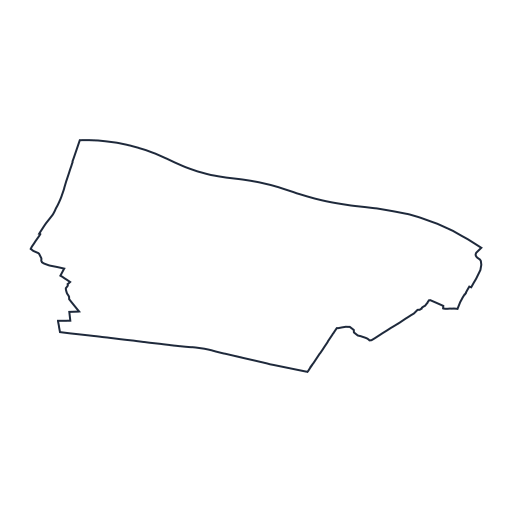 outline of Beuningen, Gelderland, Netherlands
{"feature_id": "6326949B97064433644944", "entity_name": "Beuningen", "entity_type": "district", "adm_level": 2, "iso_a3": "NLD", "parent_name": "Netherlands", "parent_adm1": "Gelderland", "projection": "natural_earth1", "projection_center": [5.747, 51.864], "detail": "fine", "context": "isolated", "style": "outline", "palette": "slate", "viewbox_px": 512, "rotation_deg": 0, "n_neighbors": 0, "source": "geoboundaries", "source_scale": "gbopen_adm2", "svg_char_len": 5643}
<svg xmlns="http://www.w3.org/2000/svg" viewBox="0 0 512 512"><path d="M30.7,248.8L30.7,249.0L30.9,249.1L31.4,249.4L32.6,250.4L32.7,250.5L33.5,251.0L38.3,253.1L39.1,253.8L40.6,256.8L41.1,257.7L41.4,258.6L41.4,259.1L41.3,260.0L41.3,260.6L41.5,261.3L42.0,262.1L42.0,262.3L42.3,262.5L43.1,263.0L43.5,263.3L43.8,263.4L45.0,263.9L48.8,265.3L49.9,265.6L57.1,267.0L60.7,267.8L64.2,268.6L63.9,269.1L60.4,275.7L61.8,276.5L62.1,276.6L64.2,278.1L65.6,279.0L66.9,279.8L70.1,282.0L68.9,283.1L68.4,283.5L67.6,284.1L67.8,285.0L67.8,285.3L67.8,285.5L67.7,285.7L67.7,285.8L67.4,286.2L67.2,286.5L66.0,288.0L65.9,288.1L65.9,288.4L65.8,288.7L65.9,289.5L66.1,290.5L66.8,292.9L67.1,293.5L67.3,293.9L67.5,294.2L68.6,295.8L68.7,296.1L68.9,296.5L69.0,296.8L69.1,297.0L69.1,297.6L69.1,298.3L69.2,298.9L69.2,299.1L69.2,299.3L69.4,299.5L69.7,299.9L70.0,300.2L70.8,301.3L77.6,309.7L79.1,311.5L78.3,311.6L69.3,311.9L70.3,320.7L65.0,320.8L64.5,320.8L58.0,320.8L58.0,321.2L58.9,325.8L59.1,327.4L60.0,332.1L70.3,333.4L78.8,334.3L89.6,335.5L92.2,335.8L93.9,336.0L96.0,336.2L100.1,336.7L102.1,337.0L104.0,337.2L107.2,337.5L110.1,337.9L114.2,338.4L120.4,339.2L123.9,339.6L126.5,339.9L132.4,340.5L133.5,340.6L136.8,341.1L140.8,341.6L142.9,341.9L145.0,342.1L146.4,342.3L149.3,342.7L160.7,343.9L162.8,344.2L166.1,344.6L167.9,344.8L169.7,345.0L170.0,345.1L173.4,345.5L173.8,345.6L174.1,345.6L176.3,345.8L179.7,346.2L180.2,346.2L181.1,346.3L185.0,346.7L189.6,347.1L191.1,347.2L192.6,347.2L195.6,347.5L201.3,348.3L204.2,348.7L208.6,349.6L210.7,350.1L212.0,350.4L212.5,350.6L214.0,351.0L215.7,351.5L218.5,352.2L221.7,353.0L223.8,353.5L225.1,353.7L244.3,358.2L256.2,360.9L256.6,361.0L260.0,361.8L263.1,362.5L264.3,362.8L266.5,363.3L267.6,363.6L270.0,364.3L273.3,364.9L303.6,371.1L305.1,371.4L305.6,371.5L306.0,371.6L306.5,371.6L306.8,371.6L307.1,371.8L307.4,371.9L307.9,371.3L308.1,371.1L308.4,370.6L310.2,367.8L311.3,366.2L311.1,366.2L312.1,364.8L313.6,362.9L313.9,362.4L314.6,361.4L315.3,360.3L315.7,359.7L316.9,357.9L319.6,353.8L320.1,353.3L322.7,349.5L324.3,347.0L327.6,342.1L327.8,341.6L327.9,341.4L328.0,341.2L331.7,335.7L332.3,334.8L333.0,333.6L333.5,333.1L333.8,332.6L334.3,331.8L336.8,328.1L337.7,328.1L338.4,328.1L338.6,328.1L339.0,328.0L342.0,327.4L345.1,326.9L345.4,326.8L345.8,326.8L346.2,326.8L349.6,326.9L349.8,326.9L350.6,327.5L353.7,329.9L353.8,330.0L353.9,332.3L354.0,332.5L357.8,335.5L359.9,336.0L360.5,336.1L362.8,336.9L363.7,337.2L363.8,337.2L365.2,337.7L366.0,338.0L366.7,338.3L367.3,338.6L367.9,339.0L368.2,339.2L368.7,339.6L369.5,340.4L369.8,340.4L371.5,340.2L373.2,339.2L374.7,338.3L380.4,334.6L382.2,333.4L386.9,330.5L390.9,327.9L393.3,326.5L398.9,323.1L399.6,322.7L401.2,321.6L405.8,318.5L407.3,317.6L410.1,315.8L411.3,315.0L411.7,314.8L413.9,313.5L416.7,310.7L417.4,310.0L417.5,310.0L417.6,309.9L417.8,309.8L418.1,309.8L419.4,309.8L419.7,309.8L419.8,309.7L420.2,309.4L420.8,309.0L421.4,308.8L421.6,308.7L421.8,308.0L421.9,307.8L421.9,307.7L423.0,306.9L423.3,306.7L424.0,306.3L424.6,306.0L424.8,305.9L425.0,305.8L425.2,305.6L425.4,305.4L425.8,304.8L427.1,303.2L427.3,303.1L427.5,302.6L428.0,301.7L428.4,301.2L428.7,300.8L428.7,300.6L428.8,300.4L429.1,300.3L430.2,300.2L430.3,300.2L430.5,300.2L430.8,300.4L436.1,302.7L443.3,305.9L443.2,306.8L443.2,307.8L443.1,308.2L443.1,308.4L443.4,308.5L443.8,308.6L445.5,308.8L447.4,308.8L448.6,308.7L449.4,308.6L450.0,308.6L451.3,308.6L451.8,308.7L452.5,308.6L453.8,308.6L454.0,308.5L454.3,308.6L455.9,308.7L457.0,308.8L457.5,308.9L460.2,302.1L462.0,298.8L462.6,297.6L464.6,294.4L465.0,294.4L466.0,292.9L465.9,292.6L467.6,289.5L469.3,286.6L471.2,287.3L473.1,283.9L474.0,282.3L474.8,281.0L476.2,278.6L480.4,270.0L481.3,264.8L480.9,261.3L480.7,260.7L480.5,260.4L479.9,259.5L477.6,257.9L477.0,257.4L476.4,256.7L475.8,255.7L475.6,254.7L475.8,253.8L476.2,252.8L477.4,251.6L481.3,247.8L475.5,244.1L467.9,239.3L464.3,237.3L463.0,236.6L461.9,236.0L454.2,231.6L453.2,231.0L443.6,226.6L437.4,223.8L434.9,222.9L432.9,222.2L420.4,217.7L417.9,216.9L413.1,215.5L409.7,214.5L409.3,214.4L408.8,214.3L407.7,214.0L406.4,213.8L398.7,212.3L395.1,211.6L392.4,211.1L387.2,210.2L384.3,209.7L378.5,208.7L376.7,208.4L374.4,208.2L371.8,207.9L365.4,207.1L355.1,206.0L350.9,205.5L346.5,204.8L343.3,204.3L337.1,203.3L331.9,202.4L326.4,201.3L321.9,200.3L314.9,198.6L307.1,196.4L299.5,194.1L296.7,193.3L293.5,192.1L283.6,188.9L278.2,187.1L276.0,186.5L273.6,185.8L270.3,184.9L266.8,184.1L263.8,183.4L259.5,182.4L257.5,182.0L256.4,181.8L254.7,181.5L253.0,181.2L250.9,180.8L243.1,179.6L241.6,179.4L239.3,179.1L226.4,177.6L218.3,176.3L214.5,175.6L210.9,175.0L206.2,173.8L201.2,172.4L198.9,171.8L197.2,171.3L190.0,168.8L185.4,167.1L182.3,165.8L174.6,162.4L166.2,158.4L165.8,158.3L164.3,157.6L159.6,155.5L157.1,154.4L155.3,153.6L152.5,152.6L146.1,150.2L144.2,149.6L140.5,148.5L139.1,148.1L138.4,147.8L131.7,146.0L131.1,145.8L130.4,145.6L128.9,145.3L126.5,144.7L123.1,144.0L119.8,143.3L118.3,143.0L116.7,142.7L114.4,142.4L105.7,141.3L100.1,140.7L98.2,140.5L95.7,140.4L88.2,140.1L86.7,140.1L85.7,140.1L79.8,140.2L76.4,150.2L73.6,158.4L72.6,161.1L72.5,161.6L72.6,161.9L72.6,162.0L72.5,162.5L72.1,163.5L71.3,166.1L70.1,169.5L68.9,173.3L66.7,179.9L66.3,181.0L64.2,188.1L64.2,188.4L63.4,190.9L63.2,191.4L62.5,193.5L62.1,194.5L61.6,196.1L60.9,198.0L60.6,198.6L60.5,199.0L59.3,201.7L58.9,202.6L57.8,204.9L57.4,205.7L55.9,208.4L55.5,209.3L54.9,210.7L54.6,211.3L53.5,213.4L52.8,214.6L51.9,215.8L51.5,216.3L48.2,220.5L46.2,223.0L45.0,224.7L43.6,226.8L39.8,232.7L39.2,233.7L39.8,233.8L40.2,234.0L40.3,234.1L39.9,234.8L39.5,235.5L35.4,241.3L34.0,243.5L32.9,245.1L32.2,246.1L31.7,246.9L31.4,247.5L31.0,248.3L30.7,248.8Z" fill="none" stroke="#1e293b" stroke-width="2"/></svg>